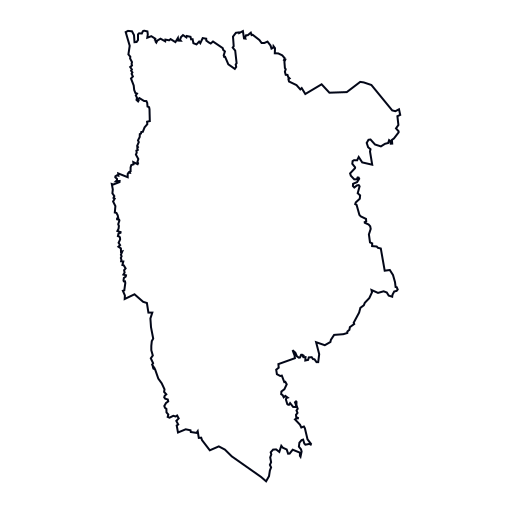 Nocupétaro, Michoacán, Mexico
{"feature_id": "50627088B79738723822926", "entity_name": "Nocupétaro", "entity_type": "district", "adm_level": 2, "iso_a3": "MEX", "parent_name": "Mexico", "parent_adm1": "Michoacán", "projection": "equal_earth", "projection_center": [-101.218, 19.078], "detail": "fine", "context": "isolated", "style": "outline", "palette": "ink", "viewbox_px": 512, "rotation_deg": 0, "n_neighbors": 0, "source": "geoboundaries", "source_scale": "gbopen_adm2", "svg_char_len": 5993}
<svg xmlns="http://www.w3.org/2000/svg" viewBox="0 0 512 512"><path d="M266.1,481.3L269.0,476.2L269.9,470.4L271.1,467.4L269.9,464.9L271.1,462.2L270.2,457.4L271.3,454.4L270.7,452.3L273.1,449.6L276.1,449.4L279.3,451.9L281.3,445.8L282.8,447.7L286.7,449.5L288.1,453.7L289.6,453.6L292.7,449.7L300.0,452.7L299.9,455.8L300.5,456.7L301.6,451.5L301.0,449.3L298.9,446.7L299.4,442.7L301.6,440.1L303.1,439.6L304.3,443.5L305.4,444.7L309.3,443.9L310.7,444.6L311.0,443.9L307.5,439.3L304.9,428.3L303.9,426.5L301.3,427.5L300.0,424.7L295.0,419.4L296.6,418.3L298.7,418.3L296.2,417.1L296.0,414.8L297.5,412.9L296.5,410.5L297.7,408.8L296.4,405.0L296.5,401.9L296.0,401.4L295.0,402.3L296.2,405.5L295.6,407.0L293.1,406.9L290.1,403.1L289.0,404.8L288.1,404.7L287.3,404.1L285.9,399.5L286.4,398.0L287.6,397.6L285.3,395.9L283.7,397.3L282.7,395.2L281.2,394.2L281.4,391.5L284.4,389.2L286.7,384.3L285.3,381.8L284.3,382.1L281.8,375.6L280.3,376.0L276.9,374.2L276.2,369.7L278.7,367.7L278.4,364.1L294.9,358.2L294.6,355.5L292.6,350.2L295.4,352.8L296.9,356.3L298.9,357.7L300.0,357.5L301.1,354.8L302.0,354.7L303.4,355.5L302.8,356.2L303.4,357.2L305.5,357.1L305.3,360.5L308.1,359.9L308.8,357.4L311.7,357.2L313.0,359.1L314.5,359.3L316.5,362.1L318.2,362.1L319.2,354.2L316.1,342.2L324.8,345.2L330.4,342.0L330.9,339.8L334.1,334.9L343.3,334.2L347.3,333.0L347.4,331.5L349.4,329.8L349.9,327.1L354.2,324.0L353.7,322.7L359.1,312.6L360.4,307.8L363.8,305.3L364.8,302.8L369.3,298.1L372.0,292.3L371.5,290.0L378.0,292.9L383.6,291.3L386.8,292.5L388.7,295.6L392.2,296.7L392.5,294.7L394.2,291.5L396.6,290.9L397.7,289.5L396.7,287.2L395.6,287.0L395.0,282.1L393.0,275.0L389.8,270.0L384.7,270.7L380.8,248.5L377.9,247.8L376.7,246.5L372.1,246.1L372.2,243.4L370.0,242.4L368.9,234.4L370.7,228.9L370.2,226.3L368.6,224.5L364.8,222.8L364.7,222.1L366.2,221.3L366.0,218.9L360.8,216.4L359.4,214.9L356.6,204.9L355.2,204.1L355.8,202.4L359.8,198.7L360.1,195.4L357.7,193.2L359.6,186.3L358.7,185.1L357.0,185.4L354.3,187.5L352.9,186.0L353.1,183.8L357.1,182.1L359.2,178.8L358.6,177.6L357.6,177.5L356.8,179.3L354.2,179.3L350.8,175.7L350.1,173.4L355.0,168.2L355.1,167.3L352.3,163.8L352.6,161.1L354.0,160.2L357.1,160.3L358.7,157.0L362.2,162.4L372.2,164.7L370.0,151.5L370.5,149.2L368.1,147.2L366.7,142.9L368.5,139.8L370.5,139.5L375.0,144.5L380.9,146.4L385.0,143.8L388.2,143.0L389.1,140.1L390.3,141.0L390.7,143.7L392.2,143.6L391.9,139.9L393.9,138.5L398.6,132.4L398.6,131.3L396.0,128.4L398.4,125.0L397.4,116.2L400.2,114.9L399.0,109.3L395.4,111.2L392.2,110.4L371.4,85.0L363.7,82.4L360.2,81.9L346.8,92.1L329.4,92.7L321.6,84.3L305.3,94.0L301.7,88.1L300.3,89.4L296.5,85.1L289.0,81.5L288.4,79.1L289.6,78.4L288.1,76.9L287.5,74.9L285.7,74.8L284.9,71.8L285.7,69.2L284.9,68.0L284.4,61.6L285.2,59.8L284.1,59.8L284.7,58.2L282.2,55.3L278.2,53.4L274.8,53.3L275.0,48.2L273.5,46.2L273.3,47.7L271.5,48.6L270.5,45.5L267.5,41.6L264.3,43.0L261.6,43.0L259.4,40.0L252.7,34.8L251.6,35.1L250.8,32.7L247.8,35.2L246.0,35.3L245.1,37.7L245.4,38.6L244.0,38.4L242.9,31.1L239.1,33.1L238.9,32.4L235.9,32.8L233.0,36.6L233.7,46.2L232.7,47.6L235.2,50.6L236.6,63.2L235.7,64.5L236.2,66.9L234.8,68.9L228.3,64.3L225.1,56.8L224.2,56.9L223.7,55.4L224.9,51.4L223.2,49.9L222.7,48.1L213.0,41.5L210.7,43.5L208.7,42.4L206.3,40.6L206.2,38.7L202.7,38.1L200.3,43.2L199.1,41.6L196.5,44.4L193.4,43.2L192.6,39.2L191.1,39.3L190.5,36.8L186.8,36.0L186.4,37.4L183.0,35.1L181.0,37.1L180.0,39.8L180.7,40.7L178.2,40.6L177.9,38.0L175.4,42.1L170.6,39.1L169.1,40.3L165.4,39.6L165.2,41.3L160.5,38.7L157.3,40.6L156.3,42.6L155.6,41.7L155.9,40.5L154.9,39.8L155.3,38.7L151.3,36.2L147.3,37.7L147.8,34.4L147.4,31.4L144.1,30.7L142.9,31.2L141.8,33.5L139.1,33.3L138.0,34.4L138.0,40.0L136.6,42.0L134.5,42.2L134.0,35.1L132.0,31.3L128.0,30.9L125.7,32.1L129.7,45.8L128.4,54.4L130.3,56.7L130.1,58.5L132.0,62.1L131.6,63.8L132.0,65.5L130.2,67.0L131.9,69.5L131.1,70.7L132.4,72.4L131.6,73.8L132.9,76.5L131.0,78.5L133.7,85.5L134.2,90.0L135.4,93.0L137.0,93.6L135.8,95.4L137.0,97.8L136.5,99.9L138.1,101.4L138.7,100.4L137.9,99.2L139.4,98.1L144.1,101.0L146.4,101.1L147.2,102.9L147.5,106.5L149.1,107.2L149.5,109.2L149.8,121.1L147.1,121.7L147.3,124.2L144.6,127.3L142.8,131.8L141.3,132.0L141.0,133.5L139.8,134.1L139.7,137.0L138.0,140.4L138.8,142.1L137.1,146.0L138.0,147.1L137.2,148.0L137.8,149.9L136.4,150.6L136.7,152.7L135.9,154.6L138.3,159.0L137.4,162.0L138.1,163.2L137.6,164.2L133.3,162.1L133.6,164.3L131.3,165.1L130.6,167.4L130.6,171.3L129.5,171.8L129.9,172.8L128.5,172.7L127.7,173.9L127.7,177.2L118.2,173.4L118.4,175.7L117.0,175.3L115.4,176.3L115.3,177.3L117.0,178.9L117.0,180.2L116.0,181.2L119.6,181.0L119.5,182.1L113.3,184.5L111.8,184.0L112.8,189.5L112.4,193.3L114.3,196.1L113.5,197.9L114.7,198.6L113.1,201.5L115.4,206.1L114.8,212.5L116.4,212.9L117.7,215.3L118.3,218.3L117.1,218.5L117.1,219.3L119.2,219.8L119.4,220.6L118.2,224.2L118.9,225.9L118.6,228.6L117.4,231.0L120.6,232.1L120.5,232.8L118.5,233.6L117.9,236.1L119.5,236.7L120.0,237.8L120.1,239.5L118.6,242.8L120.1,245.1L118.4,246.7L120.9,248.4L121.0,251.8L122.3,251.4L120.9,254.8L121.6,256.2L120.8,258.0L121.4,259.7L121.1,261.3L123.3,261.5L122.4,265.0L123.8,265.4L125.6,268.4L124.1,270.2L124.6,272.6L123.4,274.6L126.0,275.3L125.7,276.6L123.9,277.9L123.5,280.4L123.8,281.3L125.0,281.3L125.3,283.0L124.3,290.3L122.9,290.8L124.9,295.5L124.7,299.0L134.5,294.3L143.1,301.8L146.9,303.0L148.4,312.6L152.3,312.6L150.4,318.5L151.0,327.2L153.2,338.6L151.8,341.1L151.3,345.9L151.3,350.2L152.8,355.5L150.8,358.3L153.1,363.2L152.1,364.7L153.9,367.3L153.0,367.3L153.4,368.6L155.1,369.4L158.3,378.6L161.7,383.3L164.5,389.3L164.1,391.9L166.3,394.3L164.7,395.8L164.2,397.3L165.2,398.7L167.8,399.5L168.2,401.4L166.0,403.0L164.3,406.0L165.0,407.8L166.4,408.9L166.5,412.4L168.3,414.5L167.7,416.9L169.5,417.7L173.3,415.8L175.7,416.5L177.1,415.5L178.7,418.4L176.3,420.9L178.2,424.5L176.7,425.5L178.0,432.5L185.7,429.3L190.5,430.3L190.8,432.0L196.5,432.9L197.7,431.2L198.8,437.9L201.2,437.7L202.0,440.1L209.8,450.3L218.8,446.4L224.9,449.6L231.8,456.4L261.0,476.9L266.1,481.3Z" fill="none" stroke="#020617" stroke-width="2"/></svg>